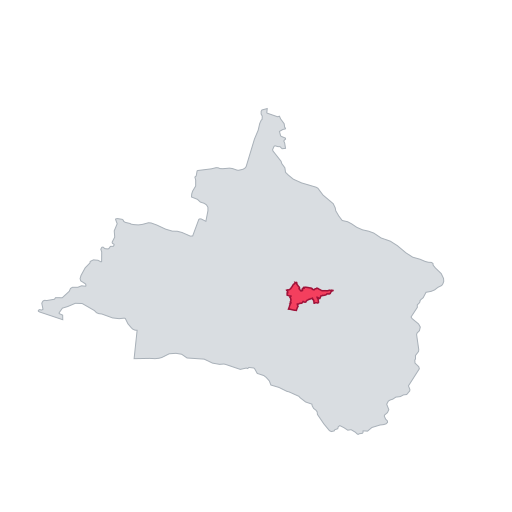 location of Ikela, Équateur, Democratic Republic of the Congo, rotated 108°
{"feature_id": "63176286B75913983063727", "entity_name": "Ikela", "entity_type": "district", "adm_level": 2, "iso_a3": "COD", "parent_name": "Democratic Republic of the Congo", "parent_adm1": "Équateur", "projection": "equal_earth", "projection_center": [23.073, -0.987], "detail": "fine", "context": "in_parent", "style": "filled", "palette": "rose", "viewbox_px": 512, "rotation_deg": 108, "n_neighbors": 0, "source": "geoboundaries", "source_scale": "gbopen_adm2", "svg_char_len": 8619}
<svg xmlns="http://www.w3.org/2000/svg" viewBox="0 0 512 512"><g transform="rotate(108 256 256)"><path d="M391.3,340.2L363.4,346.1L363.9,348.2L363.7,350.4L362.9,352.2L360.1,356.8L355.8,361.0L355.8,362.1L357.9,366.8L359.2,373.3L358.8,384.7L359.4,387.8L359.2,390.2L357.8,392.9L354.9,406.6L356.8,413.2L362.2,419.4L365.4,424.0L370.8,425.7L371.6,425.4L372.0,421.6L376.3,420.1L376.1,444.5L375.8,445.9L375.0,446.2L373.9,445.4L373.6,443.1L372.5,442.1L367.2,445.1L365.9,445.0L364.4,444.5L363.4,443.2L363.1,441.4L359.4,434.3L357.6,433.8L355.6,427.4L347.3,422.7L344.2,422.4L342.5,420.9L340.9,415.9L338.2,412.6L337.5,409.0L337.0,408.5L335.3,409.3L333.8,415.0L331.9,416.3L328.5,416.4L320.0,414.8L314.0,411.8L312.4,412.0L309.9,409.4L308.9,405.0L309.5,401.6L309.0,401.1L299.8,404.0L297.5,405.7L295.4,405.3L294.8,404.3L295.7,402.0L295.2,399.5L294.6,398.3L291.8,397.4L290.9,394.7L289.3,394.3L288.7,394.7L288.3,396.5L287.3,397.1L281.7,396.2L275.9,398.6L268.2,398.0L264.6,400.9L264.0,400.8L263.2,399.3L262.5,394.7L262.9,393.4L264.0,392.5L264.4,390.6L264.0,385.8L264.3,384.7L263.9,381.9L262.8,377.5L261.1,373.9L257.6,368.5L257.0,366.0L257.2,359.9L258.4,350.3L258.2,343.2L256.8,338.5L256.5,333.6L257.4,324.6L256.5,322.4L238.8,321.7L238.1,321.0L237.7,319.7L238.5,314.4L227.8,315.7L224.5,316.8L222.6,319.0L221.9,321.7L221.9,325.6L220.2,329.3L219.8,335.6L216.8,336.3L213.8,336.3L208.1,335.0L202.5,336.8L199.8,338.5L198.3,337.6L193.3,338.3L192.7,337.8L186.9,325.4L184.3,321.2L183.8,319.2L184.0,317.3L183.3,314.7L180.6,308.3L180.1,305.3L180.2,300.6L179.9,299.1L177.5,295.1L175.9,293.7L174.1,293.0L145.2,293.6L135.7,292.8L128.7,293.4L125.2,293.0L124.2,292.4L121.0,293.3L119.4,295.0L116.9,295.8L115.3,295.5L112.3,290.9L116.4,290.0L116.7,289.6L116.9,278.5L115.8,276.9L118.0,275.0L121.5,270.1L124.9,268.4L125.3,267.4L126.1,267.4L127.3,269.5L130.3,272.2L134.0,269.8L134.4,269.1L134.8,264.4L135.7,264.0L137.3,265.0L138.2,265.0L139.8,263.6L144.5,261.2L145.9,264.3L144.6,267.0L145.2,269.0L145.3,272.0L146.1,272.7L149.8,273.1L150.9,272.3L158.2,261.4L160.1,260.1L163.2,255.8L167.3,253.8L169.0,250.4L171.4,244.3L172.4,235.4L172.0,220.2L172.4,218.1L177.3,211.2L182.4,198.7L185.8,195.5L188.4,194.1L192.4,189.6L195.6,185.0L195.1,179.4L195.9,174.9L197.6,169.0L198.2,162.9L197.6,156.4L197.8,151.1L200.2,142.6L200.4,132.8L202.5,124.7L206.7,114.3L208.7,106.6L208.4,99.0L208.9,93.4L208.7,90.1L207.9,87.2L208.4,85.4L210.0,84.7L211.9,81.8L215.5,74.4L219.4,70.7L222.1,69.6L224.8,69.7L226.7,70.3L229.6,73.3L233.0,75.6L235.5,78.5L238.0,83.1L244.0,84.1L246.5,85.7L248.1,86.3L248.7,85.9L249.9,86.1L252.7,87.5L255.0,86.7L266.1,89.7L267.3,88.2L270.4,80.4L272.8,77.8L276.5,77.5L279.5,79.0L281.1,79.0L294.7,72.3L296.5,71.9L301.4,73.6L304.6,72.5L305.9,72.8L308.7,71.7L311.0,67.0L312.8,65.8L332.4,70.9L335.4,68.4L336.8,68.1L341.2,69.9L342.5,72.8L345.1,75.3L347.0,79.4L349.9,81.7L351.4,83.8L353.1,85.3L356.6,85.9L361.1,82.2L364.3,82.6L367.6,84.6L368.7,84.5L371.1,82.3L372.3,80.0L373.6,79.5L375.5,80.5L377.0,82.7L378.4,85.8L383.3,92.8L388.1,95.8L389.2,100.1L391.0,99.7L391.8,100.1L393.1,102.8L393.9,103.4L394.1,104.5L392.9,107.0L391.8,111.9L393.3,114.9L392.1,119.3L391.4,123.9L393.0,125.0L395.0,124.9L396.8,127.3L398.2,127.6L399.7,130.1L399.4,132.2L394.7,139.6L387.7,148.6L385.3,149.7L384.1,151.4L383.2,154.0L381.2,156.2L379.6,157.1L379.5,163.7L377.1,170.4L376.2,171.8L375.0,182.8L375.2,184.7L373.9,193.7L374.1,202.0L370.7,204.7L368.3,208.8L367.3,211.6L367.3,218.5L363.5,222.6L363.2,223.6L364.2,228.4L365.6,229.1L365.6,230.7L368.7,235.9L368.5,251.8L368.7,253.3L370.3,257.1L371.3,264.3L370.1,273.4L374.3,290.1L372.4,296.3L373.3,302.1L375.8,308.3L381.7,314.3L383.3,316.8L384.8,320.2L386.2,325.4L391.3,340.2Z" fill="#d9dde1" stroke="#a8b0b8" stroke-width="1"/><path d="M268.6,209.4L268.7,209.6L268.8,209.7L268.9,209.8L269.0,209.9L269.1,210.0L269.1,210.5L269.2,210.4L269.3,210.7L269.5,210.6L269.9,210.6L270.1,210.6L270.3,210.7L270.4,210.8L270.5,210.8L270.6,211.0L270.8,211.1L271.0,211.2L271.0,211.3L271.2,211.5L271.3,211.6L271.5,211.6L271.9,211.7L272.0,211.7L272.2,211.8L272.4,212.0L272.8,212.1L273.0,212.1L273.3,212.0L273.5,212.0L273.8,212.0L274.0,212.1L274.2,212.3L274.6,212.5L274.9,212.6L275.0,212.7L275.4,212.7L275.9,212.8L276.1,212.8L276.3,212.9L276.4,213.0L277.0,213.4L277.5,213.7L277.8,214.1L278.0,214.3L278.3,214.9L278.4,215.2L278.4,215.4L278.6,215.6L278.6,215.8L278.8,215.9L278.9,216.1L279.0,216.1L279.1,216.3L279.4,216.0L279.7,215.1L281.2,214.4L281.4,214.7L281.5,215.0L283.6,214.3L283.6,214.2L283.6,213.7L283.6,213.2L283.6,212.8L283.7,212.1L283.7,211.9L283.6,211.7L283.5,211.2L283.3,210.8L283.2,210.4L283.3,210.3L283.5,210.3L284.8,210.9L285.0,210.9L285.1,210.7L285.3,210.2L285.6,209.9L286.2,209.7L286.4,209.7L286.5,209.6L286.8,209.2L287.0,209.1L288.0,209.1L288.7,209.1L289.1,209.2L289.2,208.7L289.4,208.6L289.4,208.4L289.7,208.3L289.9,208.5L290.1,208.4L290.2,208.5L290.2,208.4L290.3,208.4L290.5,208.5L290.8,208.5L291.2,208.6L291.3,208.5L291.7,208.5L291.8,208.5L292.1,208.7L292.3,208.6L292.5,208.6L292.8,208.7L293.6,208.6L293.9,208.6L294.3,208.6L294.7,208.6L295.5,208.7L296.4,208.7L296.5,208.7L296.3,207.7L296.0,207.4L296.1,206.9L295.9,204.5L295.7,202.7L295.5,202.1L295.3,200.8L293.9,200.8L291.8,200.7L291.0,200.4L290.8,200.6L290.6,200.8L290.3,200.9L290.2,201.0L290.0,201.3L289.9,201.3L289.5,201.3L289.4,201.4L289.3,201.6L289.2,201.8L288.9,201.9L288.5,201.0L288.5,200.6L288.4,200.5L288.2,200.4L287.6,200.0L287.5,199.8L287.4,199.2L287.2,199.0L286.9,198.5L286.9,198.1L286.4,197.7L285.9,197.4L285.4,197.2L285.0,197.2L284.7,197.3L284.6,197.2L284.9,195.7L284.8,195.1L284.4,194.4L284.0,194.4L283.6,194.3L283.3,194.1L282.5,193.9L281.9,193.2L281.4,192.7L280.9,192.1L280.6,192.1L280.4,191.4L280.2,191.2L280.0,190.9L279.4,190.5L279.4,190.3L279.3,189.9L279.1,189.7L278.6,189.3L278.7,189.1L279.0,189.0L279.3,189.0L279.5,189.2L279.7,188.8L279.7,188.7L279.7,188.4L279.8,188.1L279.8,187.9L280.0,187.7L280.4,187.5L280.6,187.5L280.6,187.4L280.7,187.1L280.8,187.0L281.2,187.0L281.4,186.9L282.0,186.6L282.3,186.5L282.6,186.4L282.9,186.3L282.9,185.9L282.8,185.7L282.4,185.4L282.0,184.9L281.7,183.8L281.7,183.0L281.5,182.9L281.3,182.6L281.2,182.3L281.1,182.2L280.8,182.2L280.4,182.4L280.2,182.4L280.1,182.5L279.9,182.6L279.7,182.7L279.2,183.0L278.5,183.1L278.0,183.5L277.7,183.9L277.5,184.1L277.2,184.5L276.7,184.7L276.6,184.9L276.4,185.1L276.3,184.8L276.4,184.4L276.4,184.2L276.5,183.9L276.5,183.7L276.6,183.3L276.7,182.9L276.7,182.7L276.8,182.4L276.8,182.2L276.5,182.1L276.2,182.1L275.9,182.1L275.5,182.0L273.9,182.0L273.8,181.9L273.6,181.3L273.4,180.9L273.2,180.7L272.9,180.6L272.9,180.4L272.8,180.2L272.7,179.7L272.5,179.3L271.7,178.0L271.5,177.7L271.2,177.4L270.8,177.0L270.5,176.9L270.4,176.8L270.0,176.8L269.9,176.6L270.0,176.4L269.9,176.2L269.8,175.9L269.7,175.5L269.6,175.4L269.7,175.2L269.5,174.6L269.3,174.5L269.1,174.2L268.7,173.8L267.7,173.8L267.1,173.6L266.7,173.5L266.3,173.2L266.1,173.0L265.9,172.9L265.7,172.8L265.4,172.7L264.8,171.5L264.9,171.9L264.9,172.1L265.0,172.5L265.1,173.0L265.1,173.3L265.1,173.5L265.3,173.8L265.5,174.1L265.6,174.4L265.6,174.5L265.8,174.8L265.8,175.1L265.8,175.3L265.9,175.7L265.9,175.8L266.1,176.0L266.4,176.4L266.7,176.8L266.8,176.9L266.9,177.0L267.2,178.0L267.3,178.2L267.6,179.5L267.9,180.2L268.0,180.7L268.1,180.9L268.5,181.9L268.5,182.0L268.5,182.5L268.6,182.9L268.6,183.1L268.5,183.5L268.4,184.0L268.3,184.4L268.2,184.8L268.2,185.1L268.1,185.7L268.0,186.1L267.7,187.2L267.7,187.7L267.7,187.8L267.7,188.1L267.8,188.3L268.0,188.3L268.3,188.5L268.6,188.9L268.7,189.2L268.8,189.4L269.0,189.6L269.2,189.8L269.3,189.8L269.5,190.0L269.8,190.2L269.9,190.3L270.2,190.4L270.3,190.4L270.3,190.5L270.3,190.8L270.3,191.0L270.3,191.4L270.3,191.5L270.3,191.8L270.3,192.0L270.2,192.0L269.9,192.1L269.8,192.3L269.7,192.6L269.5,193.0L269.5,193.3L269.5,193.7L269.5,194.0L269.8,195.5L269.8,196.1L270.0,197.2L270.1,198.0L270.3,198.9L270.3,199.1L270.5,199.6L270.8,200.2L270.9,200.5L271.0,200.9L271.1,201.0L271.3,201.1L271.4,200.8L271.5,200.3L271.6,200.2L271.8,200.2L271.9,200.3L272.2,200.6L272.4,200.9L272.5,201.1L272.6,201.3L272.7,201.5L272.9,201.8L273.0,201.8L273.2,201.7L273.3,201.7L273.6,201.8L273.8,201.8L273.9,201.7L274.4,201.1L274.5,201.1L274.7,201.6L274.8,201.7L275.0,201.8L275.2,202.2L275.3,202.3L275.3,202.5L275.3,202.8L275.2,202.9L275.0,203.0L274.9,203.2L274.7,203.6L274.4,204.0L274.1,204.4L274.1,204.6L273.8,205.0L273.7,205.0L273.5,204.7L273.4,204.6L273.1,204.6L272.6,204.9L272.4,205.2L272.2,205.3L272.1,205.5L271.8,206.2L271.7,206.4L271.3,206.8L270.8,207.5L270.7,207.8L270.3,208.2L270.2,208.4L269.9,208.8L269.5,208.7L269.4,208.7L269.2,208.7L269.1,208.8L268.9,209.0L268.6,209.2L268.6,209.4Z" fill="#f43f5e" stroke="#9f1239" stroke-width="1.5"/></g></svg>